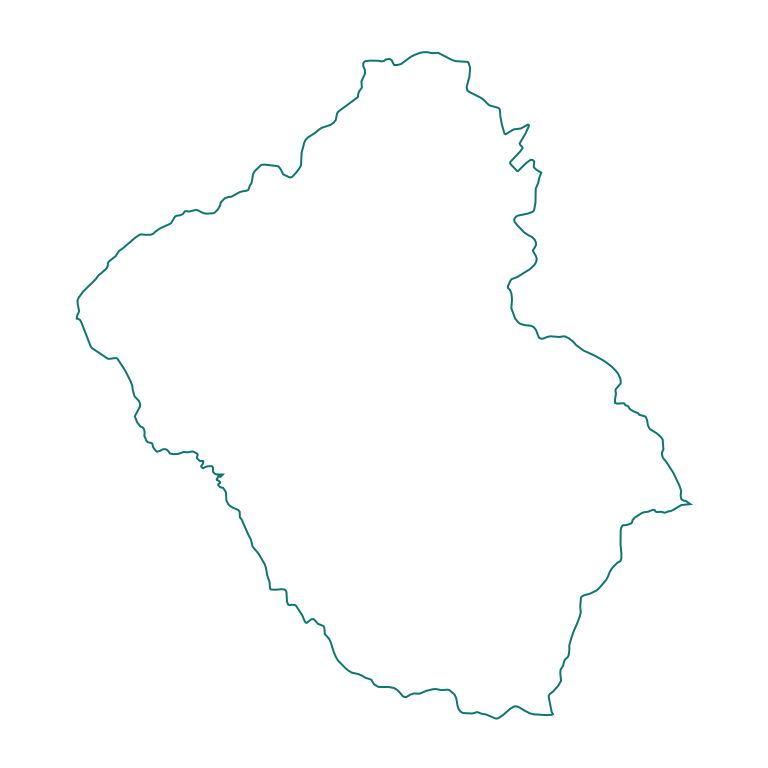 Tan Uyen, Lào Cai, Vietnam, rotated 271°
{"feature_id": "81297802B83473395979783", "entity_name": "Tan Uyen", "entity_type": "district", "adm_level": 2, "iso_a3": "VNM", "parent_name": "Vietnam", "parent_adm1": "Lào Cai", "projection": "orthographic", "projection_center": [103.735, 22.126], "detail": "fine", "context": "isolated", "style": "outline", "palette": "teal", "viewbox_px": 768, "rotation_deg": 271, "n_neighbors": 0, "source": "geoboundaries", "source_scale": "gbopen_adm2", "svg_char_len": 6090}
<svg xmlns="http://www.w3.org/2000/svg" viewBox="0 0 768 768"><g transform="rotate(271 384 384)"><path d="M269.2,692.4L272.4,687.7L272.6,685.7L273.9,683.4L277.0,682.6L282.6,682.9L287.9,681.0L300.1,674.9L310.8,667.8L315.0,664.2L318.0,663.2L320.5,663.2L323.5,664.5L333.4,663.6L335.8,661.7L339.7,657.2L343.6,650.5L347.3,648.6L352.4,647.7L355.7,646.2L356.3,645.2L357.6,639.9L359.4,638.5L360.8,634.3L362.9,630.8L363.8,629.8L365.6,628.8L366.4,627.8L366.9,625.9L369.0,624.2L368.4,617.4L369.2,615.3L372.8,615.3L378.3,616.1L381.7,615.5L383.0,615.9L388.7,620.7L393.3,620.3L398.4,617.9L401.4,615.4L404.9,611.9L409.7,605.5L411.7,602.2L416.0,594.3L420.8,583.1L426.3,575.4L429.8,572.2L432.8,568.2L434.7,564.2L434.8,563.1L434.1,558.6L434.6,549.3L433.9,546.4L432.1,542.2L432.1,539.8L433.2,538.0L440.9,534.9L443.7,532.4L444.8,529.8L445.4,523.1L446.5,519.3L448.0,517.1L451.7,514.0L462.0,510.0L470.8,510.5L476.5,509.9L480.1,508.4L482.4,506.1L484.3,506.3L489.5,508.6L491.0,509.7L493.3,515.4L501.6,528.2L506.0,532.6L509.3,534.2L512.1,534.5L514.6,533.6L519.7,530.6L520.3,530.6L524.1,532.9L525.9,533.6L528.8,533.2L531.0,532.1L533.5,529.5L535.3,525.7L537.9,521.7L544.8,514.7L548.3,511.9L549.3,511.4L551.2,511.4L553.3,512.7L554.6,514.6L557.0,525.3L558.8,529.7L559.4,530.4L560.9,531.1L568.1,532.3L582.0,532.3L587.6,534.6L592.8,535.6L598.0,537.6L600.8,532.7L602.7,530.6L603.8,529.9L609.1,530.3L610.7,528.6L610.7,527.1L610.3,526.1L607.8,522.8L599.2,514.2L599.4,513.2L605.7,507.1L607.0,506.2L608.2,506.4L619.2,516.4L622.3,518.5L623.8,517.8L625.3,516.1L626.9,515.4L636.7,521.0L643.5,524.0L645.3,524.3L645.9,523.5L641.9,516.4L640.8,509.1L636.1,501.7L635.9,501.0L636.5,500.1L644.9,497.5L653.2,495.7L659.3,495.2L660.7,494.8L662.0,493.8L664.2,485.4L665.0,483.7L670.3,478.2L671.6,476.4L677.3,464.5L678.9,462.3L681.3,461.6L682.9,461.6L693.2,464.1L701.7,464.6L706.2,463.1L707.5,462.2L708.1,449.5L709.6,445.5L716.1,432.3L715.6,426.4L716.6,421.1L716.4,417.6L715.7,414.1L713.5,408.7L711.6,405.1L704.3,395.6L703.2,391.9L703.1,389.2L703.4,388.3L708.0,386.0L708.8,384.5L709.1,383.1L708.4,380.1L706.9,378.2L706.5,376.1L707.1,372.6L707.1,364.5L706.4,359.7L705.5,358.3L703.8,357.6L701.6,357.7L697.9,359.3L695.2,359.6L693.5,359.4L686.3,356.2L679.9,356.7L676.4,354.2L674.2,353.3L670.4,352.9L655.5,333.5L653.5,332.3L647.2,331.2L644.3,329.1L642.1,325.9L639.2,317.6L637.6,315.0L633.9,310.8L629.1,303.5L626.7,301.3L623.9,300.1L614.0,297.6L601.4,297.2L597.9,295.5L593.7,292.4L589.6,288.6L588.9,287.2L589.0,285.8L591.9,279.5L596.7,277.1L599.6,274.8L600.0,273.7L601.3,260.5L600.9,257.4L594.7,251.1L591.7,249.5L582.8,248.1L579.9,246.4L575.7,244.9L574.7,242.7L574.2,239.1L573.2,236.2L568.6,228.1L568.2,225.0L567.0,221.6L562.7,217.6L559.1,216.8L555.7,214.8L552.8,212.2L551.8,210.7L551.2,203.7L551.7,200.3L554.5,194.6L554.8,193.0L553.0,186.0L553.4,183.6L553.2,182.0L550.3,179.7L549.1,177.2L548.7,174.0L547.8,172.2L541.4,168.5L540.3,167.1L535.9,157.7L532.4,152.8L530.0,150.3L529.2,148.0L529.0,143.0L529.4,138.6L528.8,136.8L526.1,132.9L514.6,119.9L512.6,116.9L507.1,113.4L501.7,106.8L500.2,105.9L497.1,105.7L494.6,104.5L487.5,96.6L483.6,93.8L471.3,81.7L465.3,77.4L462.5,76.1L458.9,76.3L451.4,77.9L447.4,76.1L444.0,75.6L443.7,77.1L442.8,78.9L441.1,80.0L416.2,90.2L414.7,91.5L404.5,107.4L404.3,108.7L405.2,114.4L405.1,116.2L404.3,117.3L393.2,124.8L387.7,127.8L382.0,130.7L377.9,132.3L373.3,133.0L367.3,134.8L362.6,139.4L359.5,140.6L356.9,140.3L347.4,135.4L341.3,137.9L337.1,141.4L336.4,143.5L334.4,144.9L331.8,145.5L327.6,145.3L325.2,146.6L323.5,147.1L321.7,148.8L321.1,151.9L320.4,153.3L316.7,154.3L313.0,157.2L312.3,158.4L313.5,161.7L314.8,163.8L315.0,165.6L314.9,166.9L314.0,168.6L312.0,170.4L310.9,170.9L310.2,174.3L310.4,179.0L312.5,185.0L312.3,188.9L313.2,193.5L313.0,194.7L311.1,198.4L310.5,198.8L309.5,198.9L308.0,198.3L306.6,198.4L305.8,198.9L303.6,201.5L303.9,204.3L303.5,204.7L300.6,204.1L298.6,202.6L297.3,203.4L296.6,204.6L297.8,206.5L298.6,208.9L298.9,213.1L297.5,214.5L293.3,214.5L291.3,216.4L290.7,218.2L290.7,224.4L288.4,222.3L288.3,221.7L289.0,220.7L288.8,219.8L287.3,219.4L286.1,218.4L285.0,218.7L284.3,220.6L283.0,221.8L282.2,221.8L280.9,220.0L279.8,220.1L277.9,222.0L277.4,224.9L273.6,227.5L272.9,227.9L264.9,228.4L261.1,230.4L259.4,232.2L257.7,235.0L255.5,240.5L253.7,241.9L248.2,242.2L246.3,243.9L230.5,251.2L226.3,253.6L219.2,255.4L212.0,261.6L201.7,267.9L198.4,269.1L190.6,270.6L184.1,273.0L177.2,273.7L176.6,274.3L176.5,275.7L176.4,279.0L177.1,285.6L176.7,288.2L175.9,289.3L174.2,290.1L164.6,290.8L161.7,292.1L161.2,293.5L161.7,295.9L161.5,298.7L160.6,300.0L151.5,306.2L145.8,308.7L144.1,309.8L143.8,310.9L147.5,315.4L147.7,317.5L147.1,318.5L143.1,322.1L140.9,327.8L139.7,328.4L137.1,328.9L133.1,329.1L128.3,333.5L125.2,335.1L115.6,338.3L110.5,340.5L106.9,342.7L99.5,350.1L96.7,353.6L94.9,356.7L93.5,363.5L91.6,367.9L89.8,370.9L88.8,374.7L88.0,376.5L83.7,379.2L81.2,383.2L80.9,385.9L81.2,393.7L80.2,399.3L78.5,402.2L76.1,404.9L72.3,408.1L71.4,410.2L71.4,411.8L73.8,415.6L75.1,419.3L75.0,425.0L77.9,431.6L79.7,438.3L79.9,441.3L78.9,447.1L79.5,452.9L79.1,454.7L74.8,459.9L70.8,461.8L62.8,463.3L60.1,464.4L57.9,466.2L56.7,467.9L56.3,470.5L56.1,478.3L57.4,482.0L57.5,483.2L55.9,487.8L55.4,491.7L51.6,501.1L51.4,502.6L52.1,504.5L55.3,509.1L61.1,515.4L63.5,519.0L64.0,520.4L63.9,522.6L62.8,525.3L59.7,530.6L57.1,536.0L56.3,539.8L55.8,552.7L56.1,557.2L56.9,558.7L59.2,557.3L73.7,554.2L75.3,554.2L76.9,555.1L79.3,558.3L85.1,563.3L90.2,566.2L98.0,565.3L101.3,565.5L106.0,568.2L108.2,568.5L111.6,569.7L114.0,572.3L115.6,573.3L121.4,574.0L125.9,573.8L131.8,575.3L140.5,578.1L147.9,581.3L155.7,584.0L158.8,584.7L165.3,584.1L174.0,584.7L174.9,585.3L176.2,587.6L177.9,593.5L181.1,599.8L183.1,602.2L192.0,609.6L195.4,611.3L200.3,613.1L204.3,615.6L209.2,620.3L211.2,623.6L213.7,624.4L218.8,624.3L227.8,623.3L241.3,623.2L244.2,623.6L246.8,625.0L247.5,630.1L249.0,633.5L249.9,634.4L252.3,634.9L254.9,637.2L259.6,644.2L260.4,646.6L261.0,650.7L262.9,654.9L262.6,656.8L261.2,657.8L260.7,658.8L261.1,663.4L260.2,666.6L260.5,668.0L261.7,670.7L261.8,672.6L263.0,675.1L268.2,683.5L269.2,692.4Z" fill="none" stroke="#0f766e" stroke-width="2"/></g></svg>